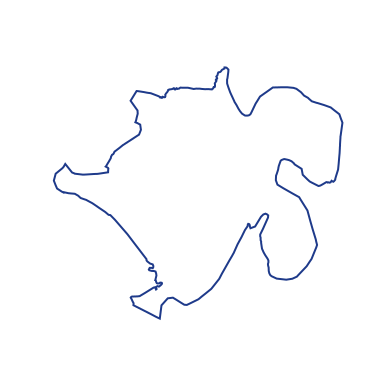 the district of Far' Al Odayn, Ibb, Yemen, rotated 198°
{"feature_id": "15242507B99801964698927", "entity_name": "Far' Al Odayn", "entity_type": "district", "adm_level": 2, "iso_a3": "YEM", "parent_name": "Yemen", "parent_adm1": "Ibb", "projection": "robinson", "projection_center": [43.774, 13.958], "detail": "fine", "context": "isolated", "style": "outline", "palette": "blue", "viewbox_px": 384, "rotation_deg": 198, "n_neighbors": 0, "source": "geoboundaries", "source_scale": "gbopen_adm2", "svg_char_len": 5684}
<svg xmlns="http://www.w3.org/2000/svg" viewBox="0 0 384 384"><g transform="rotate(198 192 192)"><path d="M183.5,61.6L186.0,74.8L182.2,83.4L177.5,85.6L174.1,84.8L168.2,83.3L164.5,82.4L162.0,83.0L161.4,83.6L160.2,84.7L152.9,91.8L152.3,92.6L150.5,95.5L147.9,99.4L143.9,105.6L143.7,105.9L139.3,117.7L139.2,118.2L138.4,123.1L138.1,124.7L137.9,125.6L136.8,131.0L135.3,138.4L134.1,143.8L133.8,145.5L133.5,146.8L132.5,156.3L131.0,164.3L129.9,172.1L128.9,175.6L128.6,176.4L128.7,177.2L128.8,178.0L128.9,178.5L128.7,179.1L128.4,179.1L127.6,179.1L126.8,178.3L126.4,177.2L125.2,175.6L121.3,178.7L118.7,189.8L117.2,192.7L115.4,194.1L114.7,194.0L114.0,194.0L112.3,193.3L111.8,191.2L113.1,179.0L114.0,172.7L113.5,171.0L112.7,169.9L111.8,167.3L111.0,166.4L110.5,164.9L107.9,159.7L105.2,156.7L102.9,154.6L99.5,151.9L98.2,150.5L97.6,148.8L97.5,146.9L96.8,145.4L95.8,143.9L94.6,140.6L93.3,138.5L91.8,137.1L90.2,136.5L84.7,135.8L75.9,137.6L75.3,137.7L69.8,140.5L66.1,143.9L65.3,145.7L62.3,152.0L60.0,156.8L58.5,162.3L57.8,164.6L57.6,165.4L57.0,173.9L56.7,177.6L56.7,180.3L57.7,181.9L58.6,183.3L59.6,185.1L65.9,194.1L70.4,200.8L76.5,210.1L86.8,218.7L87.0,218.9L88.5,220.2L95.2,221.5L106.3,223.8L113.0,225.4L115.9,229.1L117.1,233.5L117.0,235.5L117.0,239.4L117.1,240.7L117.3,241.6L117.5,243.7L117.4,247.4L117.3,249.2L116.7,250.1L115.0,251.5L114.2,251.9L111.2,252.2L109.5,252.3L106.8,252.0L103.6,250.6L103.1,250.0L94.9,247.9L92.0,242.6L85.6,239.4L85.3,239.3L83.4,238.4L81.3,238.0L80.7,237.9L73.6,236.8L72.8,237.2L71.8,237.9L70.2,239.6L68.7,241.3L67.3,242.9L66.6,243.1L65.8,242.9L65.1,243.4L64.0,243.4L63.2,244.0L63.0,244.8L62.7,245.8L62.1,245.6L60.8,245.4L60.3,246.1L59.8,247.4L59.6,248.0L59.8,248.8L59.9,251.3L60.0,258.5L61.2,264.0L62.7,270.4L63.6,274.4L64.9,279.3L65.2,280.3L65.4,281.2L65.5,281.7L65.9,282.9L66.3,284.4L67.6,289.5L67.9,290.4L68.1,291.8L70.3,304.2L70.3,304.3L71.6,306.0L73.0,307.7L75.9,311.5L77.6,312.1L77.8,312.2L82.0,313.7L86.2,315.3L93.1,315.5L93.4,315.5L100.4,315.4L101.0,315.3L103.3,315.3L106.1,315.3L109.4,316.7L110.8,317.4L115.2,318.3L119.2,320.6L123.7,322.1L124.5,322.4L125.7,322.4L127.7,322.4L134.0,321.0L136.9,320.0L138.6,319.5L142.5,318.1L144.2,317.5L147.4,316.4L152.3,309.8L152.7,309.3L156.8,303.8L158.2,298.1L158.8,295.8L160.1,286.0L160.5,283.9L161.6,282.5L162.7,281.9L164.0,281.4L165.2,281.1L166.5,281.4L168.7,282.0L169.9,282.8L171.3,283.7L173.6,285.6L176.5,288.4L179.6,291.0L180.0,291.6L180.5,292.1L183.0,294.8L184.4,296.3L186.5,298.6L189.7,302.7L192.1,306.0L193.4,309.8L193.4,310.8L193.5,311.5L194.6,317.5L195.2,319.7L197.6,320.9L199.1,320.7L199.6,320.5L199.5,320.2L199.3,319.8L199.3,319.4L199.7,319.1L200.1,318.6L201.1,317.6L201.5,316.8L201.6,316.1L202.1,315.1L202.6,314.6L203.1,314.3L203.5,314.2L203.9,313.9L204.0,313.5L204.0,312.6L203.9,311.3L203.9,310.7L204.1,310.3L204.4,309.7L204.5,309.2L204.1,308.9L203.6,308.4L203.2,308.0L203.2,307.4L203.7,306.9L204.0,306.4L204.0,305.9L203.7,305.7L203.3,305.5L203.1,305.3L203.4,304.1L203.7,303.0L203.9,302.4L203.2,300.9L203.0,300.3L202.9,299.9L202.8,299.5L202.8,299.2L202.9,298.7L203.1,298.6L203.3,298.5L203.5,298.7L203.8,298.6L203.9,297.8L204.0,297.0L204.1,296.7L204.3,296.4L204.7,296.1L204.8,295.7L208.3,294.9L211.4,293.8L214.3,293.1L215.3,292.9L216.4,292.7L220.0,291.6L220.6,291.3L222.2,290.5L228.2,289.9L231.4,288.8L233.3,288.2L235.3,287.7L235.7,287.2L236.0,286.6L236.5,286.2L236.9,286.1L237.3,285.8L237.5,285.6L237.8,285.5L238.2,285.6L238.4,285.6L238.6,285.9L238.9,285.9L239.0,285.6L239.1,285.2L239.2,284.8L239.4,284.5L239.6,284.3L240.0,284.2L240.5,284.3L240.7,284.6L240.8,284.9L241.0,285.1L241.6,285.0L242.1,284.3L242.4,284.0L242.8,283.7L243.6,283.3L244.2,283.0L244.6,282.8L245.2,282.6L245.5,282.3L245.6,282.0L246.0,281.9L246.2,281.7L246.1,281.2L246.1,280.7L246.3,280.3L246.3,279.8L246.4,279.5L247.1,277.8L247.5,276.3L247.1,275.5L246.9,275.0L246.9,274.4L246.9,274.0L247.2,273.7L248.0,273.5L248.2,273.4L248.7,273.5L249.3,273.5L249.4,273.1L249.4,272.7L249.7,272.2L250.2,272.2L250.6,272.5L251.0,272.7L251.3,272.5L251.5,272.3L251.6,272.1L252.1,272.4L252.9,272.7L253.6,272.8L261.6,273.2L263.6,272.9L263.9,272.8L265.9,272.5L268.4,272.2L274.1,271.3L274.5,271.2L275.1,271.1L275.9,270.9L278.6,259.8L277.0,258.6L270.8,254.0L269.0,252.7L267.8,249.6L267.8,249.2L267.6,245.7L267.4,243.9L267.3,241.8L267.4,240.8L266.2,240.7L265.4,240.7L263.4,240.3L262.1,240.1L259.8,235.4L260.0,231.8L260.1,230.2L263.9,225.5L272.3,215.1L274.5,211.7L278.1,206.5L278.2,206.2L278.4,204.5L278.6,203.7L279.5,202.7L279.9,200.6L279.7,199.0L280.5,195.2L280.7,194.3L280.9,193.6L281.7,189.9L281.9,189.5L279.4,189.0L278.8,188.5L278.6,187.3L277.9,184.8L287.3,180.1L290.6,178.9L298.4,175.8L301.1,174.8L309.1,173.2L309.3,173.3L312.1,173.5L321.2,179.5L321.9,176.2L322.6,174.6L326.7,168.2L327.3,167.3L326.9,160.1L323.7,156.2L321.4,153.6L315.9,152.1L313.9,151.8L313.9,152.2L309.0,152.7L306.3,153.3L302.9,154.1L302.0,153.9L299.1,153.3L296.1,151.9L292.9,151.8L290.0,151.8L289.2,151.6L288.1,151.4L285.9,151.0L283.6,150.6L281.8,150.1L275.1,148.1L272.6,147.4L268.4,146.2L264.3,144.5L262.5,144.8L256.6,141.7L240.2,131.8L231.3,125.6L214.6,114.1L214.1,112.9L213.1,112.2L209.8,111.0L207.0,111.0L205.9,109.7L205.6,108.5L205.8,107.4L206.9,107.4L208.8,106.8L209.1,104.9L208.5,104.4L205.9,104.5L203.7,105.1L202.1,105.1L200.9,103.4L200.0,101.5L199.7,97.0L199.4,97.1L198.2,95.3L197.3,94.4L196.2,94.4L194.7,95.2L194.3,96.0L193.5,96.2L193.0,96.3L192.7,96.3L192.3,95.8L192.3,95.0L193.0,93.6L194.2,91.8L195.8,91.8L196.7,90.7L196.7,89.7L196.0,89.2L195.7,88.8L196.1,88.2L197.7,90.0L199.0,89.2L205.4,81.6L209.6,76.8L211.8,75.8L216.8,74.0L217.9,73.0L218.2,73.1L216.4,71.5L214.6,69.5L213.2,68.2L212.7,66.2L193.0,63.1L187.8,62.2L183.5,61.6Z" fill="none" stroke="#1e3a8a" stroke-width="2"/></g></svg>